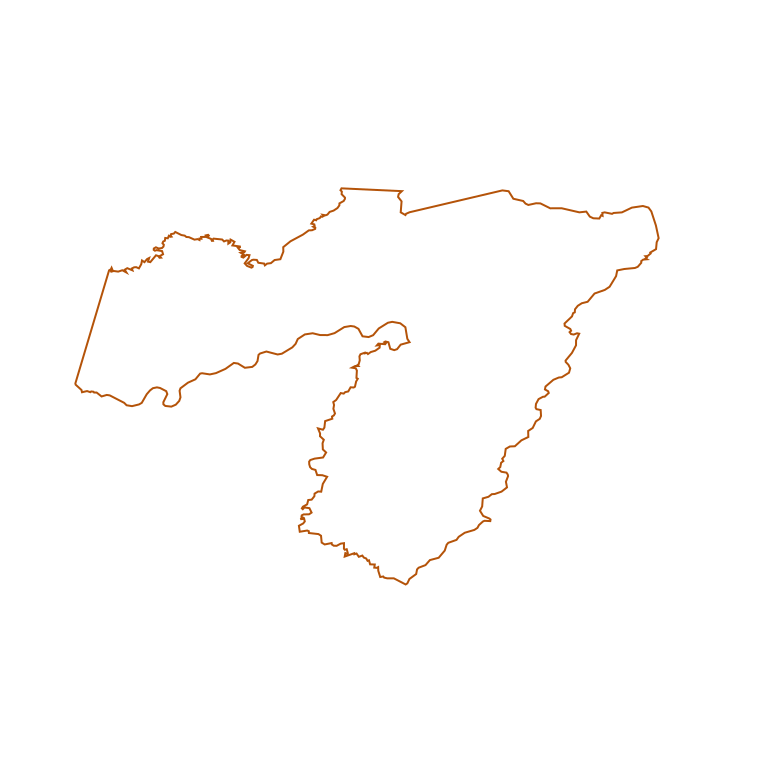 outline of Nechí, Antioquia, Colombia, rotated 77°
{"feature_id": "7082276B35655798439233", "entity_name": "Nechí", "entity_type": "district", "adm_level": 2, "iso_a3": "COL", "parent_name": "Colombia", "parent_adm1": "Antioquia", "projection": "equal_earth", "projection_center": [-74.812, 7.985], "detail": "fine", "context": "isolated", "style": "outline", "palette": "amber", "viewbox_px": 768, "rotation_deg": 77, "n_neighbors": 0, "source": "geoboundaries", "source_scale": "gbopen_adm2", "svg_char_len": 6153}
<svg xmlns="http://www.w3.org/2000/svg" viewBox="0 0 768 768"><g transform="rotate(77 384 384)"><path d="M529.1,319.0L525.4,315.9L517.7,313.5L517.4,307.6L515.6,303.7L516.1,300.9L515.3,293.7L512.4,287.4L506.7,287.2L501.6,283.8L500.0,283.8L497.9,284.6L495.9,289.4L492.5,291.8L491.1,289.4L487.1,287.6L485.9,285.0L483.4,285.6L481.2,282.5L474.6,280.0L473.2,275.4L474.1,270.5L469.8,262.8L468.1,255.3L462.2,254.1L460.3,249.0L454.6,244.4L453.0,240.1L450.5,238.2L444.6,237.2L442.8,241.1L441.2,241.6L437.6,240.4L433.5,236.8L432.2,232.0L432.5,230.3L429.8,225.5L428.0,225.7L425.5,228.4L422.8,227.2L418.0,218.0L417.0,212.2L417.4,209.3L414.6,201.2L410.6,199.0L406.7,200.0L403.4,202.0L402.0,201.8L396.0,193.9L389.5,188.2L384.5,187.0L378.9,182.5L378.0,184.5L378.5,188.0L377.4,190.5L375.2,191.5L374.2,189.7L372.3,190.1L368.0,194.8L365.7,194.5L360.4,185.6L357.5,183.8L357.1,182.0L354.2,181.1L351.4,177.6L349.8,173.1L349.7,167.1L343.2,158.5L342.0,147.7L340.0,142.3L331.1,133.6L325.8,131.2L326.0,124.0L327.4,113.4L326.9,110.4L323.8,106.1L322.1,105.7L321.1,103.4L321.6,99.9L320.6,101.0L320.0,99.5L318.3,100.5L318.6,98.4L316.8,94.8L315.8,95.0L313.8,88.6L307.2,86.4L303.7,83.6L290.7,83.4L276.0,84.7L271.6,86.6L268.8,91.7L267.9,102.8L270.3,113.6L269.0,121.8L269.5,123.5L266.4,130.4L266.4,132.8L269.3,133.2L268.4,134.4L271.2,137.0L269.6,142.8L267.2,145.8L261.5,148.1L260.7,155.0L252.8,171.2L250.2,182.5L243.2,191.0L242.1,195.2L242.0,203.1L240.1,205.5L237.0,207.2L232.6,216.3L224.2,219.2L222.0,225.1L222.4,320.4L223.1,324.2L224.2,325.1L220.5,329.1L210.0,325.8L204.9,328.2L202.3,327.0L200.1,323.2L183.8,381.4L185.4,382.8L187.0,381.8L189.5,382.6L193.6,380.1L194.8,380.4L196.6,382.1L198.0,386.8L199.9,387.3L202.1,389.8L203.7,394.1L204.1,398.3L206.2,401.0L206.5,402.9L205.4,405.6L206.7,404.9L207.2,406.7L206.5,407.7L207.9,409.3L208.3,412.6L209.2,413.2L208.2,415.2L211.4,418.7L212.8,416.0L214.4,416.0L214.8,417.6L216.3,415.8L217.4,416.2L218.0,419.6L217.4,422.7L220.2,429.4L223.9,443.0L228.0,451.4L232.4,452.3L239.1,456.9L238.6,462.7L240.8,467.0L240.4,470.8L241.6,473.4L239.7,473.7L237.6,479.2L234.5,480.0L233.5,483.3L233.5,484.8L235.7,489.6L239.4,485.2L240.5,485.8L240.8,487.0L238.1,490.9L235.1,492.6L231.0,487.7L228.2,486.1L227.3,488.8L229.2,492.6L228.1,494.2L227.3,494.0L226.6,491.4L224.0,494.0L224.2,490.5L223.4,489.7L221.1,494.4L218.4,495.7L218.3,493.6L217.6,493.5L214.9,500.5L211.8,497.7L208.8,501.0L211.4,501.9L212.2,504.1L209.3,503.4L208.7,505.3L209.1,507.8L206.8,509.2L204.0,517.4L204.6,518.5L206.0,518.4L205.8,519.5L203.7,519.9L201.4,523.2L200.0,521.3L199.1,521.8L199.1,524.4L200.7,524.2L199.6,529.1L201.4,529.2L200.8,531.0L202.2,531.4L200.9,533.0L200.7,536.2L197.0,541.1L196.3,543.5L194.6,544.8L193.3,547.9L188.9,553.2L190.2,555.0L190.0,557.7L191.1,558.5L192.6,557.9L192.5,559.1L191.2,560.3L193.4,561.9L192.5,564.3L195.1,565.3L195.5,567.1L197.0,568.2L198.8,567.2L200.5,568.0L201.6,569.8L201.3,573.1L199.5,575.5L200.2,577.8L201.5,578.2L202.6,577.2L202.4,575.5L204.6,570.3L207.9,570.1L208.9,573.9L210.7,572.9L210.5,574.3L208.6,575.1L207.3,577.2L212.7,584.3L211.7,586.4L208.4,584.5L209.0,586.8L211.4,590.0L209.2,592.0L212.7,593.6L216.2,596.8L214.4,599.2L214.1,601.2L214.7,603.7L216.7,603.5L213.4,608.1L214.3,610.9L217.4,609.9L214.3,613.4L214.7,617.7L213.1,621.9L213.2,624.5L212.6,624.7L211.9,622.9L209.5,623.3L210.8,624.3L211.4,626.3L314.0,684.6L315.3,684.6L321.8,680.1L324.1,680.1L324.1,674.9L325.9,672.0L325.4,671.0L326.2,668.8L327.1,668.4L327.7,665.9L332.6,662.0L332.3,656.6L333.4,653.8L343.9,641.4L346.8,639.6L348.9,634.5L348.8,627.3L347.9,624.3L340.6,617.5L337.6,613.4L336.1,610.1L336.2,606.0L337.5,603.1L342.0,597.8L345.1,597.4L352.1,603.1L354.2,603.5L356.2,602.0L358.2,596.3L357.3,591.5L354.4,587.3L351.2,585.3L344.6,584.7L342.4,583.3L338.6,574.7L337.0,566.7L332.5,560.8L332.6,558.8L335.5,551.5L335.6,545.3L333.6,535.1L329.7,525.6L331.2,521.7L336.9,515.9L337.7,508.5L336.0,504.9L333.2,502.1L327.4,499.7L326.4,497.9L325.9,491.3L331.3,481.0L331.5,476.7L327.7,465.1L325.0,461.1L320.8,457.9L317.9,450.0L318.5,442.1L321.9,435.3L323.7,427.9L323.3,420.7L319.6,409.9L320.0,403.4L321.3,400.0L324.5,396.5L332.7,394.2L334.8,388.4L334.0,383.6L328.7,376.6L325.2,366.4L325.3,362.0L328.5,354.5L333.5,350.4L345.2,351.1L349.0,349.7L349.4,358.9L353.0,363.4L353.3,366.4L351.1,370.0L344.3,370.3L342.9,373.1L343.3,374.3L344.7,373.0L345.5,373.9L343.4,380.4L344.8,382.3L345.1,379.3L347.6,380.1L349.6,385.0L349.9,389.7L351.2,392.9L349.8,393.7L349.8,395.8L349.2,395.7L349.7,400.2L351.5,401.7L355.5,402.3L359.0,404.2L359.5,405.4L360.7,404.8L360.0,408.0L360.9,411.5L362.3,408.0L364.8,407.4L371.9,409.5L373.0,408.4L375.3,410.6L380.1,412.9L380.6,414.3L379.7,417.3L383.2,420.5L383.2,423.7L384.3,425.4L383.1,428.2L388.8,434.2L390.2,437.5L393.2,437.4L396.8,438.9L401.7,438.4L403.3,439.9L404.0,442.0L406.2,442.2L406.9,449.7L413.1,451.9L414.8,453.8L412.4,458.3L417.8,457.4L420.5,458.1L424.8,455.2L427.9,457.2L434.0,458.3L437.7,455.8L441.9,459.9L441.1,468.4L441.5,472.9L442.8,474.4L445.4,474.9L448.4,474.7L450.5,473.4L452.3,470.1L457.7,469.6L459.0,464.6L461.6,460.3L467.6,466.1L474.8,469.4L473.9,472.3L475.2,476.3L477.7,477.1L480.4,480.5L480.0,483.9L484.0,486.0L485.3,490.6L486.7,492.0L487.7,491.3L486.4,489.3L488.2,484.6L493.0,483.5L494.1,486.3L493.0,491.7L493.5,493.7L494.9,494.3L495.9,493.0L496.9,495.9L497.5,492.1L500.1,492.1L501.7,494.1L503.0,498.8L509.0,499.3L509.5,491.8L510.5,490.4L512.3,490.7L515.5,481.6L517.7,479.5L524.5,480.4L527.0,477.9L527.2,470.8L528.6,470.9L530.3,469.3L531.0,466.5L529.8,462.1L530.1,458.8L535.5,460.1L536.7,459.5L536.6,457.5L540.8,457.3L541.4,458.0L540.1,459.7L543.3,461.1L542.2,451.1L543.2,451.2L543.0,448.9L546.7,447.4L546.3,443.7L548.6,442.7L550.0,440.6L552.6,439.8L552.4,438.3L556.6,438.1L557.8,433.6L560.7,434.8L561.5,432.5L561.1,430.9L564.7,431.6L571.2,431.1L571.4,428.0L572.7,427.4L574.1,424.5L575.6,418.1L584.2,408.0L583.5,406.1L579.7,403.1L576.4,395.4L572.1,393.5L570.8,391.6L569.8,384.3L565.9,378.9L565.6,369.8L560.0,362.3L554.7,359.1L553.2,357.1L552.2,348.4L549.7,345.6L547.1,338.8L546.5,328.8L545.2,325.3L542.8,323.2L540.2,318.5L539.9,316.8L541.5,311.3L540.0,310.7L538.8,311.6L534.9,317.0L529.1,319.0Z" fill="none" stroke="#b45309" stroke-width="2"/></g></svg>